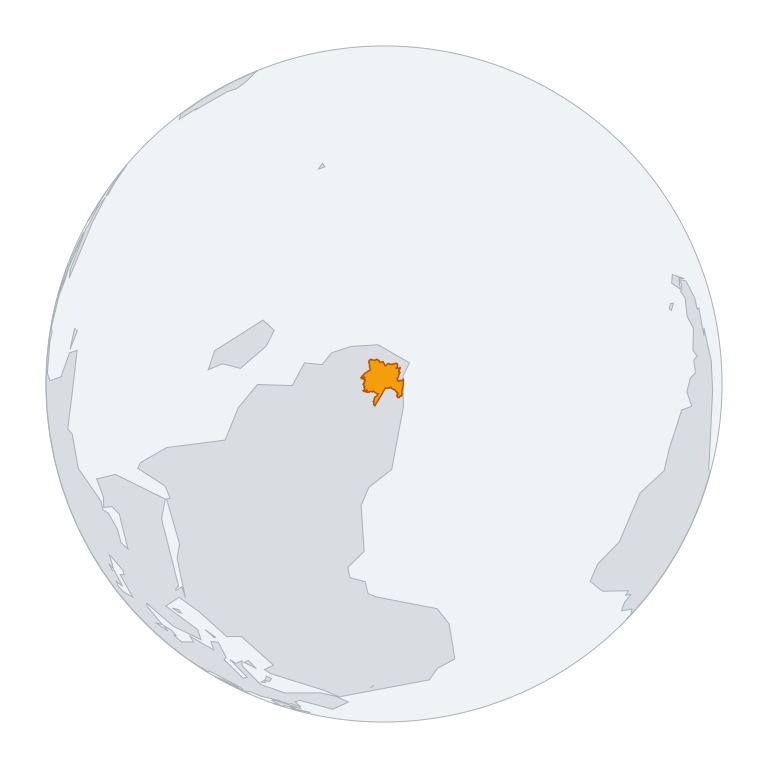 the Earth from above Northern Cape, rotated 211°
{"feature_id": "ZAF-1188", "entity_name": "Northern Cape", "entity_type": "Province", "adm_level": 1, "iso_a3": "ZAF", "parent_name": "South Africa", "parent_adm1": "", "projection": "orthographic", "projection_center": [20.625, -28.845], "detail": "fine", "context": "on_globe", "style": "filled", "palette": "amber", "viewbox_px": 768, "rotation_deg": 211, "n_neighbors": 0, "source": "natural_earth", "source_scale": "10m", "svg_char_len": 9602}
<svg xmlns="http://www.w3.org/2000/svg" viewBox="0 0 768 768"><g transform="rotate(211 384 384)"><circle cx="384" cy="384" r="338" fill="#eef3f6" stroke="#a8b0b8"/><path d="M53.7,312.5L54.8,308.1L53.6,313.3L55.5,318.9L63.6,311.9L65.4,320.9L63.9,330.6L68.0,327.4L68.2,332.5L90.0,318.9L105.6,321.1L108.1,339.7L101.0,369.8L108.4,422.6L99.2,453.8L106.3,476.0L115.4,515.1L108.7,523.4L120.3,533.3L124.5,546.8L122.7,554.0L130.8,564.1L129.9,569.3L136.4,571.8L147.5,591.2L158.9,598.0L170.1,612.7L177.6,616.2L177.3,618.3L180.2,622.6L184.7,625.7L178.2,627.8L162.2,618.0L154.1,609.5L153.4,611.5L134.8,590.5L138.7,597.0L115.4,572.3L98.9,547.6L66.0,486.2L61.7,478.0L59.3,477.1L58.0,472.8L51.9,446.5L48.0,419.8L46.2,392.9L46.6,365.9L49.1,339.0L53.7,312.5ZM193.2,626.3L180.7,629.0L185.8,626.6L178.9,618.0L189.3,618.5L193.2,626.3ZM177.4,602.4L175.6,595.1L178.2,595.4L180.0,600.6L177.4,602.4ZM374.9,46.2L378.6,46.2L368.4,47.7L358.3,48.6L353.4,47.6L338.5,49.3L339.9,49.0L374.9,46.2ZM716.5,323.9L716.6,324.4L715.3,317.5L707.2,286.4L711.0,304.7L717.3,333.9L719.7,359.2L717.2,343.6L714.1,321.0L711.1,309.5L708.1,292.4L698.4,261.5L695.5,257.9L692.1,248.0L678.2,220.0L672.0,214.7L664.6,223.8L669.6,248.7L664.4,254.8L643.1,207.9L632.0,182.7L625.3,180.3L602.6,154.2L566.2,137.8L560.2,131.4L553.5,131.2L537.4,122.0L527.8,112.6L518.5,110.7L543.8,136.1L553.7,138.8L560.8,133.9L566.1,142.5L581.5,154.7L567.5,168.2L512.1,172.7L505.3,153.9L456.2,105.2L456.9,101.2L456.6,100.7L456.0,99.9L452.8,106.1L443.9,98.3L471.6,128.0L476.9,141.7L511.3,173.6L508.4,175.9L519.1,183.9L551.7,184.9L552.2,191.2L537.6,217.5L491.3,254.1L496.7,288.7L492.2,318.4L461.8,335.4L463.0,361.1L447.0,368.8L445.0,383.8L431.4,399.4L409.2,414.6L373.0,415.3L371.9,400.7L355.6,374.3L333.4,314.7L343.8,287.5L341.0,268.2L314.8,230.2L320.6,208.2L313.3,200.5L298.3,204.8L289.7,196.1L280.6,197.6L222.7,218.8L204.6,211.9L181.7,184.9L191.7,167.9L192.7,153.8L261.4,92.7L277.0,90.7L332.2,77.3L339.3,77.7L333.9,86.1L376.2,94.1L388.5,86.5L425.8,93.7L449.9,95.6L456.6,81.3L417.1,77.5L409.2,70.6L440.0,67.8L474.4,73.8L472.4,71.4L449.8,63.5L456.8,61.7L441.8,60.9L448.6,63.5L439.4,63.6L432.7,61.3L435.4,60.5L424.8,58.7L414.5,64.6L420.3,67.9L393.0,68.4L399.9,74.3L392.9,77.2L378.5,68.4L379.2,65.4L353.3,59.2L350.1,62.1L374.3,68.6L367.2,68.2L363.0,73.7L360.5,69.3L334.9,62.9L309.7,68.3L279.1,86.7L264.1,91.6L250.8,92.9L260.4,78.8L292.9,69.6L296.8,65.9L288.9,64.3L299.5,62.1L300.3,60.8L312.4,58.2L328.3,53.2L340.5,51.4L345.6,48.9L352.5,48.0L347.5,49.4L350.6,50.1L380.7,48.4L386.2,47.9L387.0,46.8L395.2,47.1L392.2,46.4L408.9,47.0L386.0,46.1L410.7,47.1L435.2,50.0L459.4,54.6L483.2,61.0L506.5,69.0L529.1,78.8L550.9,90.2L571.9,103.1L591.9,117.6L610.7,133.4L628.4,150.6L644.7,169.0L659.7,188.6L673.2,209.2L685.2,230.8L695.5,253.1L704.3,276.2L711.3,299.8L716.5,323.9ZM239.1,116.7L237.6,120.6L239.1,116.7ZM512.1,90.0L531.8,96.5L520.5,86.1L527.1,88.1L520.9,84.2L519.6,85.4L503.9,76.0L511.5,76.9L507.9,73.9L501.1,71.7L489.7,71.9L512.0,84.7L508.5,86.6L512.1,90.0ZM55.0,307.3L54.9,308.5L54.1,311.4L55.0,307.3ZM292.7,59.0L297.2,58.1L293.1,59.8L277.7,64.6L283.5,61.9L292.7,59.0ZM304.5,56.7L303.9,55.7L313.5,53.5L308.2,54.7L314.6,53.4L307.9,55.2L317.6,55.1L314.6,56.7L287.7,63.2L298.2,59.8L293.1,60.5L304.5,56.7ZM346.8,74.3L352.1,74.1L360.4,73.3L357.9,77.2L346.8,74.3ZM328.9,69.8L333.7,68.8L334.2,72.9L328.7,73.5L328.9,69.8ZM335.9,65.2L333.9,68.4L331.7,67.0L335.9,65.2ZM351.9,48.9L356.9,48.3L357.7,48.5L355.1,49.2L351.9,48.9ZM450.2,82.9L443.5,84.9L439.7,83.2L442.8,82.7L450.2,82.9ZM398.7,79.1L410.7,81.3L397.9,80.1L398.7,79.1ZM550.8,534.4L550.5,541.5L546.5,539.7L550.8,534.4ZM546.3,325.3L520.6,376.5L505.7,373.4L504.5,355.7L515.1,323.5L532.9,318.1L542.0,305.7L546.3,325.3ZM717.3,439.9L718.5,417.4L718.1,404.5L719.1,401.5L719.8,417.7L717.5,438.8L717.3,439.9ZM719.0,400.6L717.2,372.4L708.4,312.8L711.7,320.0L719.6,364.2L719.2,367.3L720.4,387.0L719.0,400.6ZM721.1,407.9L721.2,406.1L721.5,398.0L721.8,377.1L721.7,371.5L721.1,407.9ZM671.0,252.0L677.7,272.1L674.2,271.5L671.0,252.0ZM654.1,587.0L658.3,571.2L662.7,560.7L668.8,554.2L687.1,521.2L686.3,524.3L695.8,505.3L697.1,511.0L697.8,509.3L685.6,536.5L671.0,562.4L654.1,587.0Z" fill="#d9dde1" stroke="#a8b0b8" stroke-width="1"/><path d="M365.5,379.5L365.9,379.8L366.1,379.9L366.1,380.0L366.2,380.5L366.3,380.6L366.8,380.6L367.0,380.6L367.1,381.1L367.3,381.3L367.3,381.6L367.2,381.7L367.0,381.9L366.9,382.0L367.1,382.3L367.2,382.5L367.4,382.6L367.3,383.2L367.3,383.4L367.5,383.4L368.3,383.2L368.3,383.3L368.4,383.7L368.5,383.7L368.7,383.8L369.0,383.6L370.0,383.8L370.4,384.0L370.7,384.2L371.3,384.5L372.0,384.3L372.5,384.4L372.9,384.3L373.0,384.4L373.3,384.2L374.3,384.0L375.4,384.2L375.6,384.5L375.9,384.6L376.0,384.7L376.7,384.5L376.9,384.3L377.1,384.3L376.9,383.7L377.0,383.4L377.3,383.4L377.9,383.2L378.1,383.0L378.2,382.6L378.3,382.5L378.5,382.2L379.1,382.1L379.5,381.9L379.9,381.8L380.2,381.6L380.7,381.5L380.6,359.9L380.6,360.0L380.8,360.3L381.2,360.6L381.5,360.7L381.9,361.0L382.6,361.5L383.0,362.3L383.0,362.5L383.3,362.9L383.4,363.0L383.6,363.6L383.8,363.7L383.8,363.9L383.9,364.1L384.1,364.0L384.0,364.3L384.0,364.5L384.2,364.8L384.1,365.0L384.2,365.4L384.4,365.5L384.5,365.7L384.6,366.0L384.9,366.6L384.9,367.7L385.1,368.0L384.7,368.9L384.4,369.2L384.2,369.5L383.9,370.1L383.9,370.5L384.0,370.7L383.9,371.3L383.9,371.7L384.1,372.0L384.3,372.2L384.3,372.5L385.2,372.0L385.5,371.9L385.9,372.2L386.6,372.3L387.2,372.2L387.5,372.2L388.0,372.1L388.6,372.2L389.0,372.2L389.5,372.3L390.0,372.0L390.1,371.8L390.0,371.3L390.4,371.2L390.9,371.2L391.2,371.1L391.6,370.9L391.8,370.6L392.0,370.3L392.3,369.7L392.6,369.3L393.1,369.2L393.7,368.5L393.8,368.5L394.1,368.6L394.3,368.2L394.6,368.0L395.0,368.1L395.0,369.7L395.6,370.0L395.8,369.7L396.1,368.3L396.5,368.3L396.5,367.9L396.9,368.0L397.1,367.3L398.6,367.5L398.4,367.9L397.8,367.7L397.7,368.1L398.2,368.2L397.7,369.0L398.0,369.4L398.0,370.2L398.9,370.5L399.6,371.0L399.1,371.8L400.9,372.7L401.1,372.6L401.4,372.6L401.7,372.9L401.8,373.5L401.8,373.8L401.5,374.0L401.1,374.9L401.6,375.2L401.7,375.4L402.1,375.5L401.8,376.2L401.8,376.4L401.9,376.8L402.2,377.1L402.1,377.5L402.2,377.8L403.7,377.5L403.9,377.6L403.8,377.9L403.9,378.1L403.8,378.3L403.6,378.5L403.6,378.9L403.8,379.0L403.8,379.6L404.2,379.9L404.4,379.8L404.5,379.6L404.7,379.4L404.8,379.2L404.8,378.8L405.0,378.6L405.2,378.4L405.2,378.2L405.2,377.9L405.3,377.8L405.1,377.7L405.2,377.3L405.5,377.2L405.8,377.1L405.7,377.4L405.7,377.5L406.8,377.6L407.0,377.7L406.0,378.9L405.9,378.9L406.4,380.0L406.5,380.0L406.7,379.9L406.8,379.8L406.8,380.1L406.6,380.5L406.5,380.8L406.2,381.0L406.3,381.3L406.2,381.5L406.1,381.9L406.0,382.2L405.8,382.5L405.8,382.8L405.8,383.0L406.0,383.2L403.0,389.0L403.1,389.4L403.5,389.8L403.8,390.0L404.0,390.1L404.2,390.4L404.6,390.5L404.7,390.9L404.8,391.0L405.2,391.1L405.8,392.4L406.0,392.5L406.2,392.8L406.4,392.9L406.5,393.2L406.9,393.6L407.2,393.9L407.5,394.2L407.7,394.5L408.0,394.5L408.5,394.9L408.6,395.8L408.8,396.1L408.7,396.2L408.6,396.3L408.7,396.8L408.5,397.2L408.5,397.4L408.3,397.6L408.3,397.8L408.0,398.1L408.0,398.4L407.8,398.5L407.1,398.3L406.4,398.7L405.9,398.8L405.4,399.1L405.2,399.2L404.8,399.4L403.8,399.4L403.7,399.8L403.6,400.0L403.5,400.3L403.4,401.2L402.6,401.2L402.1,401.4L401.8,401.4L401.7,401.4L401.6,401.6L401.2,401.5L401.0,401.2L400.9,401.2L400.7,401.2L400.6,401.4L400.2,401.6L400.0,401.4L400.0,401.2L399.4,400.8L399.1,400.8L398.5,400.9L397.9,400.9L397.7,401.1L397.4,401.3L396.9,402.0L396.2,402.6L396.1,402.3L396.0,402.1L395.6,401.9L394.7,401.7L394.4,401.5L393.9,401.4L393.5,400.8L393.3,400.6L392.4,400.1L392.2,400.3L391.6,401.8L391.4,401.8L391.3,402.0L391.3,402.7L391.4,403.0L391.2,403.2L390.7,403.8L390.4,404.0L390.1,404.1L389.4,403.9L389.2,403.9L388.9,403.9L388.6,404.0L388.5,404.3L388.0,404.7L387.4,404.8L387.1,405.1L386.8,405.3L386.7,405.6L386.4,406.2L386.1,406.4L385.6,406.5L385.2,406.6L385.0,406.8L384.9,407.4L384.8,407.7L384.4,408.0L383.9,408.0L383.6,407.9L383.3,408.1L383.0,408.1L382.7,407.9L382.3,407.3L381.9,407.1L381.8,406.9L381.7,406.6L381.5,406.1L381.3,405.3L381.3,405.0L381.6,404.8L381.9,404.3L381.9,404.0L381.8,403.8L381.7,403.7L381.3,404.0L381.1,404.1L381.0,404.3L380.5,404.7L380.2,404.8L379.9,404.8L379.5,405.0L379.4,405.2L379.2,405.3L379.0,405.2L378.9,405.3L378.8,405.8L378.9,406.2L378.6,406.4L378.3,406.1L378.3,405.4L378.1,404.9L378.0,404.5L378.4,404.0L378.3,403.5L378.3,403.1L378.1,403.1L377.9,402.9L377.7,402.9L377.3,402.5L377.1,402.4L377.2,402.0L376.8,402.2L376.7,402.1L376.3,402.1L376.0,402.0L376.1,401.6L376.2,401.4L376.2,401.2L376.1,400.7L376.2,400.2L376.0,399.8L375.9,399.7L375.8,398.7L375.6,398.2L375.5,397.9L375.3,396.8L375.4,396.4L375.3,396.1L375.5,395.9L375.5,395.1L375.0,395.0L374.7,394.8L374.4,394.3L373.5,393.7L373.2,393.7L373.1,393.8L373.0,394.0L372.7,393.9L372.5,394.3L372.4,394.8L372.0,395.5L371.5,395.8L371.0,395.5L370.8,395.5L370.6,395.8L370.5,396.2L370.2,396.5L370.1,396.9L369.9,397.2L369.9,397.9L369.6,397.8L369.2,397.0L368.8,396.5L368.5,396.0L368.4,395.5L367.9,394.8L367.9,394.6L367.8,394.4L367.4,393.8L367.0,393.1L366.9,392.5L366.6,392.0L366.3,391.1L365.9,390.1L365.7,389.5L365.8,389.5L365.7,389.2L365.6,388.8L365.5,388.7L365.5,388.4L365.0,387.3L364.8,387.0L364.7,386.6L364.5,386.3L364.4,386.1L364.4,385.8L364.3,385.7L364.0,385.4L363.8,385.0L363.6,384.7L363.2,384.4L363.1,384.1L363.1,383.8L363.0,383.6L362.9,383.5L362.7,383.3L362.5,383.1L362.6,382.9L363.1,382.5L363.5,382.1L363.7,382.3L363.8,382.3L363.9,382.2L364.0,382.0L364.1,381.6L364.0,381.1L364.0,380.9L364.3,380.9L364.2,380.7L364.4,380.5L364.3,380.3L364.5,380.3L364.6,379.8L364.7,379.7L364.9,379.7L365.1,379.6L365.5,379.5Z" fill="#f59e0b" stroke="#b45309" stroke-width="1.5"/></g></svg>